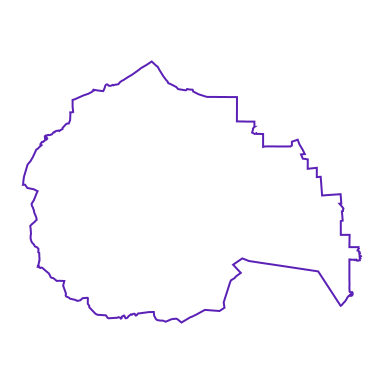 the district of Demenes pag., Daugavpils, Latvia
{"feature_id": "27541924B73785369996962", "entity_name": "Demenes pag.", "entity_type": "district", "adm_level": 2, "iso_a3": "LVA", "parent_name": "Latvia", "parent_adm1": "Daugavpils", "projection": "orthographic", "projection_center": [26.568, 55.742], "detail": "fine", "context": "isolated", "style": "outline", "palette": "violet", "viewbox_px": 384, "rotation_deg": 0, "n_neighbors": 0, "source": "geoboundaries", "source_scale": "gbopen_adm2", "svg_char_len": 5537}
<svg xmlns="http://www.w3.org/2000/svg" viewBox="0 0 384 384"><path d="M45.8,135.5L45.7,135.8L45.9,136.2L45.9,136.3L45.8,136.5L45.5,136.3L45.4,136.1L44.9,136.2L44.8,136.3L44.9,136.5L45.0,136.6L45.1,136.9L45.2,137.2L45.2,137.4L44.9,137.7L44.9,138.2L45.0,138.4L45.2,138.7L45.4,138.8L45.9,138.5L46.2,138.0L46.3,137.9L46.6,137.9L47.0,138.1L47.3,138.4L47.3,138.6L47.2,138.8L46.9,139.1L46.7,139.4L46.4,139.6L46.1,139.2L45.9,139.2L45.4,139.1L45.2,139.1L45.2,139.5L44.9,140.2L44.7,140.7L44.5,140.8L44.2,141.0L43.6,141.2L43.4,141.4L43.3,141.5L43.3,141.8L42.8,142.1L42.5,142.0L42.1,141.9L41.8,142.1L41.6,142.4L41.4,142.8L40.8,143.5L40.5,144.0L40.4,144.7L41.5,145.2L38.8,147.6L37.8,148.7L36.2,149.7L34.9,152.7L33.5,155.6L33.2,156.5L30.4,161.3L27.6,164.5L24.0,176.7L23.5,180.0L23.2,183.1L23.2,184.3L23.0,184.8L25.0,184.7L27.4,188.0L33.0,189.1L33.6,189.2L37.6,191.2L36.4,193.8L34.7,198.1L34.1,199.4L34.1,199.8L32.9,201.7L31.6,203.9L31.6,204.2L32.0,206.0L32.8,207.4L34.0,210.7L33.9,210.9L34.5,213.3L35.1,214.5L36.3,217.5L36.7,219.8L35.9,220.5L34.9,221.6L32.0,224.1L30.3,225.8L30.4,227.3L30.6,228.4L31.0,233.8L30.6,235.9L30.6,238.6L31.4,241.3L31.9,242.4L34.0,244.6L34.6,245.9L34.9,246.4L36.3,247.0L37.3,247.5L38.5,249.0L38.3,252.3L39.2,252.9L39.3,255.4L39.3,256.7L39.5,258.4L39.4,261.0L39.2,261.0L38.8,263.3L38.4,264.9L38.0,265.5L37.7,266.8L38.3,266.8L38.5,266.2L38.9,266.3L38.7,267.1L40.3,268.0L41.1,267.5L42.2,267.8L48.9,273.5L50.1,275.8L50.6,277.1L51.6,277.8L53.4,278.2L53.8,278.5L56.7,280.9L59.7,280.8L64.3,281.0L63.2,285.5L63.2,286.1L63.5,286.6L66.0,293.7L65.9,294.0L65.7,295.1L65.7,295.5L66.1,296.4L66.3,296.5L68.8,297.6L70.1,298.7L75.4,299.9L77.2,300.9L79.9,300.4L80.2,300.3L80.6,300.0L82.6,298.2L87.3,297.8L87.7,297.9L87.9,298.3L87.8,301.2L87.8,303.8L89.2,305.7L89.3,307.3L95.5,313.8L97.6,314.8L105.6,315.3L105.9,315.4L106.1,315.6L107.4,317.6L108.5,318.3L117.5,317.7L118.3,317.2L118.5,317.2L119.5,317.5L120.1,317.8L120.3,317.9L120.8,318.6L121.1,318.5L121.7,318.0L121.7,317.8L121.6,317.5L121.6,317.2L121.9,316.7L122.4,316.3L122.7,316.2L123.0,316.2L123.3,315.9L124.0,315.5L124.3,315.7L125.3,317.9L125.5,318.1L125.9,318.3L126.2,318.2L126.8,318.0L127.4,317.7L127.8,317.3L128.2,316.5L131.0,314.3L131.5,314.7L131.8,314.8L132.6,314.2L133.1,313.9L134.2,313.7L134.6,313.9L135.0,314.2L135.2,314.5L135.4,315.3L135.5,315.5L136.3,315.4L136.7,315.2L138.0,313.5L138.2,313.4L139.2,313.4L148.7,312.1L153.8,312.0L154.1,315.5L155.8,318.9L157.3,320.1L159.1,320.4L160.9,320.6L162.9,320.6L165.7,321.7L171.3,319.3L173.6,318.9L176.3,318.7L177.5,319.3L181.5,322.5L190.4,317.2L192.2,316.6L197.0,314.2L204.9,309.9L219.5,311.0L224.5,307.7L224.2,306.0L223.7,302.3L230.2,282.0L231.0,280.3L234.3,278.3L236.1,276.3L240.8,272.9L233.1,264.7L242.3,258.4L248.9,261.0L262.7,263.1L273.7,264.7L318.2,271.4L340.6,305.8L341.1,305.6L341.8,305.1L342.6,304.0L343.8,302.6L344.5,302.0L345.0,301.5L346.3,299.5L346.9,298.5L347.1,298.0L347.8,296.9L349.7,295.1L350.2,294.5L351.1,294.1L351.3,294.2L351.4,294.3L351.5,294.5L351.3,294.5L351.0,294.4L350.7,294.5L350.6,294.9L350.3,295.0L350.2,295.2L350.1,295.4L349.9,295.7L350.1,295.9L351.3,295.8L352.3,295.3L352.7,294.1L352.7,293.3L352.2,292.1L351.0,292.1L350.8,292.2L350.1,292.0L349.6,291.7L349.4,287.6L349.5,284.4L349.4,277.8L349.4,259.5L350.7,259.4L351.2,259.8L352.2,259.7L353.2,259.8L354.2,259.7L354.9,260.1L355.2,259.7L355.9,259.9L356.3,259.7L356.5,260.2L357.0,260.6L357.3,260.3L357.8,260.5L358.6,260.5L359.8,260.3L359.7,259.0L359.8,258.8L360.1,258.7L360.4,258.5L359.7,257.6L359.6,256.7L360.2,256.7L360.7,256.5L361.0,256.2L360.9,256.1L360.1,255.6L359.4,254.7L359.3,253.6L359.9,253.2L359.3,252.5L359.6,252.1L359.3,251.8L358.8,251.6L358.7,251.3L358.6,250.9L357.5,250.5L357.6,250.1L358.1,249.4L358.9,248.5L358.4,247.8L358.5,247.1L349.4,247.1L349.6,234.9L340.8,234.9L340.8,226.6L340.8,221.1L342.7,220.6L341.9,211.3L343.0,211.0L343.1,209.9L343.2,208.7L343.4,208.4L341.9,206.5L339.5,203.7L341.3,203.5L340.6,194.2L330.0,194.9L322.1,195.5L320.7,176.8L316.8,177.1L316.8,167.8L307.7,168.8L307.8,159.4L305.0,158.9L302.8,158.7L301.0,154.4L304.8,154.1L302.6,149.6L299.6,144.7L297.7,139.7L291.9,141.7L291.9,145.5L290.4,146.5L267.1,146.4L264.5,146.5L263.1,146.9L263.1,134.0L256.7,133.9L256.4,133.2L254.9,134.0L252.1,132.6L253.2,128.8L253.0,128.6L253.6,127.7L253.9,127.3L254.2,127.1L254.5,126.9L254.4,126.9L254.4,121.6L245.6,121.6L244.4,121.5L236.9,121.4L237.0,97.1L207.4,96.9L206.5,96.8L198.7,94.3L196.1,93.0L193.2,91.5L192.6,89.7L189.4,89.5L187.1,89.0L186.4,90.0L186.1,90.2L185.4,90.3L179.4,89.3L178.1,89.1L177.9,88.9L176.4,87.1L173.2,85.4L170.4,84.0L168.3,83.2L167.5,81.4L166.4,80.3L163.5,76.5L162.2,74.4L159.5,70.1L157.6,66.6L157.0,66.4L151.7,61.5L146.7,64.8L140.9,68.2L139.1,69.7L132.1,74.7L127.5,77.4L123.4,80.1L122.0,80.7L119.9,82.3L118.8,83.6L118.5,84.1L116.1,84.7L115.8,84.6L115.0,84.7L113.3,85.3L112.8,84.9L112.2,85.1L111.6,85.5L110.6,85.8L109.2,85.8L108.7,85.7L108.1,85.0L107.3,84.4L106.8,84.4L106.3,84.6L105.5,85.3L105.1,86.3L104.7,87.8L103.8,90.0L103.2,91.1L98.7,90.6L96.1,90.2L93.4,89.7L93.3,89.9L93.3,90.0L93.8,90.2L93.8,90.6L92.5,91.2L92.5,91.3L91.9,91.9L88.2,93.8L85.9,94.6L83.2,95.5L81.9,96.1L74.5,99.4L72.6,99.9L72.6,102.8L72.6,106.8L73.2,112.0L72.8,112.2L70.2,112.4L70.4,114.1L70.1,120.1L68.8,123.5L67.3,123.5L66.9,123.6L65.9,124.3L62.6,127.9L62.5,129.1L61.8,129.4L59.8,130.5L59.4,131.0L58.7,130.5L57.9,130.8L56.6,130.8L54.9,131.6L54.6,132.2L54.2,132.0L53.4,132.5L51.8,134.4L49.6,135.1L48.8,135.0L48.2,134.9L47.9,135.0L47.5,135.5L47.1,135.6L46.8,135.6L46.6,135.5L46.3,135.4L45.8,135.5Z" fill="none" stroke="#5b21b6" stroke-width="2"/></svg>